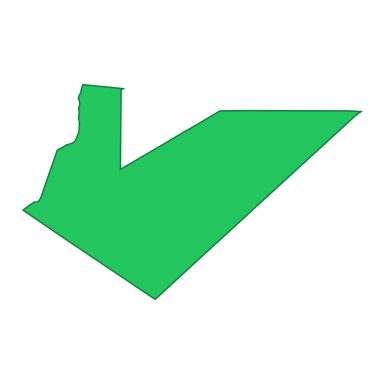 outline of Santana do Maranhão, Maranhão, Brazil
{"feature_id": "56859067B28543364324462", "entity_name": "Santana do Maranhão", "entity_type": "district", "adm_level": 2, "iso_a3": "BRA", "parent_name": "Brazil", "parent_adm1": "Maranhão", "projection": "robinson", "projection_center": [-42.686, -3.208], "detail": "fine", "context": "isolated", "style": "filled", "palette": "green", "viewbox_px": 384, "rotation_deg": 0, "n_neighbors": 0, "source": "geoboundaries", "source_scale": "gbopen_adm2", "svg_char_len": 925}
<svg xmlns="http://www.w3.org/2000/svg" viewBox="0 0 384 384"><path d="M40.7,197.9L39.3,200.6L36.8,202.0L34.3,202.0L31.9,203.7L29.9,204.9L27.1,207.2L25.3,208.3L23.0,210.2L65.5,239.2L92.0,257.0L98.4,261.3L142.1,290.6L155.1,299.4L185.8,271.2L187.5,269.6L209.5,249.4L211.4,247.7L229.0,231.6L255.3,207.4L308.5,158.7L317.6,150.4L355.5,115.6L361.0,111.6L348.6,110.9L298.7,110.8L261.2,110.7L250.0,110.6L220.0,110.9L190.2,128.5L182.7,132.7L180.0,134.4L177.6,135.7L171.3,139.5L165.7,142.8L159.3,146.6L155.1,149.0L127.7,165.1L122.3,168.2L120.4,169.2L121.1,90.0L123.1,88.7L82.9,84.6L81.1,90.1L80.8,92.5L79.3,95.4L78.4,97.9L78.9,100.1L79.8,102.0L79.6,105.2L78.7,107.8L78.8,109.9L79.2,112.8L78.6,117.6L78.9,119.7L79.4,122.3L79.3,125.6L79.0,131.7L76.6,137.6L75.5,140.3L73.9,142.1L71.9,143.2L68.5,144.4L66.4,144.9L62.4,147.5L59.4,148.9L57.2,150.4L54.6,157.9L41.5,195.7L40.7,197.9Z" fill="#22c55e" stroke="#15803d" stroke-width="1.5"/></svg>